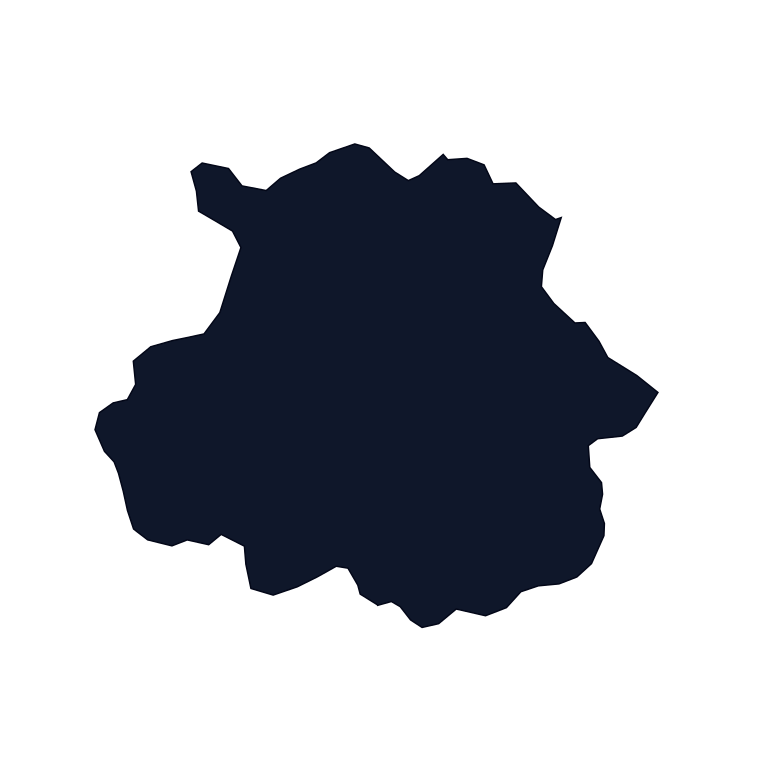 Kinda, Östergötland, Sweden, rotated 114°
{"feature_id": "70781695B68012298271842", "entity_name": "Kinda", "entity_type": "district", "adm_level": 2, "iso_a3": "SWE", "parent_name": "Sweden", "parent_adm1": "Östergötland", "projection": "orthographic", "projection_center": [15.763, 58.024], "detail": "fine", "context": "isolated", "style": "filled", "palette": "ink", "viewbox_px": 768, "rotation_deg": 114, "n_neighbors": 0, "source": "geoboundaries", "source_scale": "gbopen_adm2", "svg_char_len": 1371}
<svg xmlns="http://www.w3.org/2000/svg" viewBox="0 0 768 768"><g transform="rotate(114 384 384)"><path d="M619.4,549.4L622.5,536.5L618.1,511.9L606.5,500.4L602.1,478.8L587.6,471.6L588.9,445.6L604.8,436.9L624.9,422.4L621.9,399.4L604.5,380.7L587.2,366.4L569.9,353.5L566.9,342.0L578.4,326.1L585.6,320.3L588.4,300.2L588.8,299.8L579.7,288.8L580.8,278.6L588.7,263.8L590.9,250.2L580.7,236.6L560.2,226.5L554.4,197.0L538.5,181.2L518.1,174.5L505.6,160.9L495.4,142.8L481.8,129.3L463.7,121.4L457.7,121.4L433.1,121.4L421.8,125.9L410.5,136.1L395.8,139.5L385.6,145.2L376.5,162.1L357.2,172.3L347.1,166.6L334.6,145.1L321.1,136.0L304.1,133.7L280.3,130.3L273.5,156.3L268.8,190.3L257.5,205.0L246.0,225.3L250.6,234.4L241.4,261.6L231.1,279.8L215.2,285.4L189.1,286.4L159.9,289.8L164.0,294.2L159.4,314.7L146.7,345.3L156.8,365.8L143.1,381.7L144.1,399.9L153.2,417.0L150.2,423.3L179.3,436.5L188.3,444.5L186.0,460.5L174.4,493.5L176.6,508.3L194.8,527.8L209.6,535.9L222.1,548.5L238.1,562.2L255.2,570.3L260.8,594.3L250.4,613.7L256.1,640.0L268.5,646.6L284.1,633.8L301.5,623.7L302.9,610.7L305.9,584.6L317.5,570.2L347.9,567.3L385.5,563.0L411.5,568.8L423.1,584.7L430.3,594.8L444.8,612.2L465.1,622.3L485.4,610.7L502.7,612.1L511.4,623.7L525.9,632.3L543.3,629.4L559.2,612.0L564.9,598.9L573.6,590.2L588.0,578.6L603.9,566.9L618.3,553.8L619.4,549.4Z" fill="#0f172a" stroke="#020617" stroke-width="1.5"/></g></svg>